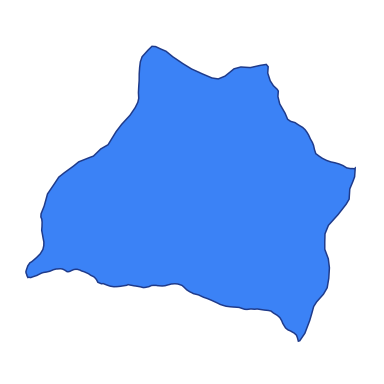 outline of Minjay, Lhuntshi, Bhutan, rotated 273°
{"feature_id": "84629894B76587395508507", "entity_name": "Minjay", "entity_type": "district", "adm_level": 2, "iso_a3": "BTN", "parent_name": "Bhutan", "parent_adm1": "Lhuntshi", "projection": "robinson", "projection_center": [91.245, 27.585], "detail": "fine", "context": "isolated", "style": "filled", "palette": "blue", "viewbox_px": 384, "rotation_deg": 273, "n_neighbors": 0, "source": "geoboundaries", "source_scale": "gbopen_adm2", "svg_char_len": 2752}
<svg xmlns="http://www.w3.org/2000/svg" viewBox="0 0 384 384"><g transform="rotate(273 192 192)"><path d="M98.0,32.6L98.3,33.3L98.1,35.4L99.0,37.5L100.6,41.6L101.3,42.7L103.2,46.1L103.9,48.1L104.4,50.6L105.4,54.1L107.2,57.8L108.0,60.4L108.1,61.6L108.5,64.6L108.3,66.6L107.4,68.9L105.9,71.4L105.9,72.6L106.3,74.0L107.3,75.8L108.4,78.1L108.7,79.6L108.8,81.5L108.2,84.1L107.4,85.8L106.7,88.5L105.0,92.9L103.5,95.3L102.3,98.2L101.4,99.4L99.6,101.1L98.3,101.9L96.9,102.7L95.6,106.4L95.9,108.1L94.6,112.0L93.7,115.2L93.3,118.9L93.6,122.2L94.1,125.5L94.3,126.3L95.4,131.6L96.2,133.0L95.8,135.2L95.7,136.2L95.3,138.9L95.2,140.5L94.6,145.5L94.0,148.3L94.2,150.0L95.2,153.9L96.5,156.4L96.7,157.9L96.9,161.1L96.7,162.2L96.6,166.1L96.6,167.2L97.0,170.0L98.1,173.2L98.3,174.0L99.0,176.0L99.5,179.7L99.4,182.5L99.0,184.2L98.2,186.9L96.9,188.6L94.0,191.9L92.3,194.9L91.3,197.3L90.6,198.7L89.6,203.9L89.1,205.1L87.5,209.0L86.4,212.9L84.9,217.1L82.3,223.6L81.2,226.0L80.4,229.1L79.7,232.0L79.4,236.1L79.3,239.1L79.3,241.1L79.2,245.1L77.7,250.4L77.6,252.2L77.7,253.5L78.3,256.9L78.2,260.7L78.6,263.2L77.9,270.4L77.7,274.4L77.3,277.0L75.4,279.7L73.5,283.3L71.2,286.3L68.2,288.3L65.6,289.5L63.2,291.1L61.2,292.5L60.2,293.8L59.3,295.1L58.4,297.6L57.3,299.7L56.6,301.2L55.5,302.6L54.5,303.8L52.0,304.9L48.6,306.0L49.1,307.4L56.8,312.1L69.9,316.3L76.7,317.9L84.0,319.5L88.8,322.2L96.8,328.6L103.4,332.0L112.9,333.1L123.5,333.2L132.5,331.6L141.7,327.6L149.1,327.2L157.2,327.0L165.9,330.0L177.3,339.2L187.9,346.6L193.1,349.3L203.3,349.4L210.9,352.1L215.7,353.6L221.9,353.7L224.4,353.7L223.7,352.9L223.8,351.3L223.7,348.8L224.2,345.2L226.3,341.4L227.7,337.4L228.7,333.1L229.3,329.1L230.6,324.7L232.4,320.5L234.5,317.0L236.8,313.6L240.7,312.1L245.0,310.9L247.8,309.6L251.2,307.4L255.1,305.4L257.9,303.5L260.2,301.6L262.3,299.1L264.4,295.1L266.7,291.2L267.7,286.9L269.6,283.7L275.6,280.8L284.5,275.0L291.8,272.8L297.3,272.9L299.0,271.7L302.4,267.7L307.1,264.3L314.7,261.4L321.1,261.5L323.3,259.5L322.0,253.4L319.3,243.8L319.4,234.2L317.2,227.5L309.5,219.0L306.3,212.3L306.9,206.0L310.6,195.9L314.8,185.2L319.7,176.2L326.1,165.6L331.2,158.7L333.2,153.2L335.3,148.1L335.4,144.4L331.4,140.7L324.5,135.1L319.3,133.6L313.7,133.2L307.4,133.1L300.4,133.4L295.5,133.3L288.5,133.3L282.8,133.9L278.7,133.2L273.4,130.9L265.4,126.1L256.0,118.3L248.4,113.1L234.8,105.7L230.3,98.7L222.7,91.7L221.3,88.4L216.2,77.3L211.6,72.2L204.4,63.3L199.9,58.2L192.9,54.1L182.5,47.8L170.2,45.1L162.3,42.4L159.1,42.4L157.1,43.4L153.9,43.9L149.4,44.0L145.9,43.9L142.6,44.7L138.2,45.7L134.3,46.7L130.7,46.8L126.8,46.1L122.3,43.7L118.3,40.1L114.1,35.7L112.8,33.8L109.7,31.9L105.2,30.6L103.5,30.3L102.0,30.7L100.5,31.5L99.9,31.5L98.9,32.1L98.0,32.6Z" fill="#3b82f6" stroke="#1e3a8a" stroke-width="1.5"/></g></svg>